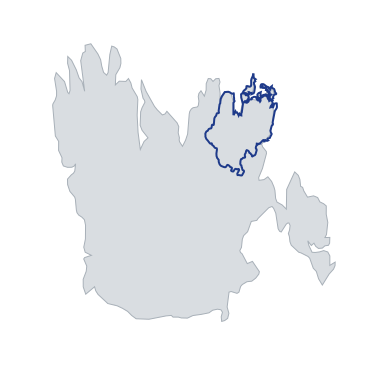 Mayo on a map of Ireland (Natural Earth projection), rotated 98°
{"feature_id": "IRL-714", "entity_name": "Mayo", "entity_type": "County", "adm_level": 1, "iso_a3": "IRL", "parent_name": "Ireland", "parent_adm1": "", "projection": "natural_earth1", "projection_center": [-9.466, 53.907], "detail": "fine", "context": "in_parent", "style": "outline", "palette": "blue", "viewbox_px": 384, "rotation_deg": 98, "n_neighbors": 0, "source": "natural_earth", "source_scale": "10m", "svg_char_len": 9421}
<svg xmlns="http://www.w3.org/2000/svg" viewBox="0 0 384 384"><g transform="rotate(98 192 192)"><path d="M250.6,61.3L241.2,66.2L239.7,68.1L237.1,75.7L236.8,77.9L230.9,86.3L227.6,88.1L222.5,89.4L219.7,90.8L216.1,90.1L211.5,90.2L209.2,91.7L209.4,92.9L210.7,94.2L219.2,98.1L218.7,99.8L216.4,101.6L201.3,106.1L196.8,108.9L195.2,110.7L196.9,113.8L209.0,122.9L211.1,123.9L212.9,129.2L223.6,131.4L228.0,134.8L231.8,135.6L240.0,135.3L243.3,136.5L245.1,135.6L246.2,133.8L255.2,127.3L252.3,122.5L261.5,114.2L264.0,114.4L268.4,116.9L272.0,120.4L273.2,125.1L276.6,129.3L278.8,130.7L284.7,131.6L286.1,133.3L285.1,139.4L286.0,141.4L301.0,141.2L307.0,138.6L312.2,139.1L314.8,141.8L316.0,144.6L311.5,145.7L306.8,145.1L304.6,147.0L304.5,150.5L306.2,155.1L309.3,158.4L311.9,165.8L314.2,173.9L317.5,178.9L318.2,185.0L317.8,188.0L318.5,193.4L317.1,195.3L318.3,200.4L324.0,216.9L325.3,229.7L322.7,234.5L319.2,239.1L316.9,244.5L315.1,250.3L314.2,259.8L306.5,270.8L303.2,273.6L299.4,275.3L308.0,283.0L301.1,286.5L293.6,287.6L285.2,285.7L280.0,285.9L273.4,289.9L271.9,289.2L268.7,282.8L266.5,289.4L261.7,291.5L253.4,291.0L239.7,292.8L234.4,294.7L232.2,297.6L230.6,301.0L228.5,303.0L226.0,304.0L215.4,306.5L213.3,307.5L208.4,313.0L202.0,316.2L196.6,317.1L191.8,313.9L189.9,312.0L187.6,311.0L180.3,311.2L182.6,312.2L184.2,314.4L184.9,318.7L184.1,323.0L180.5,325.1L176.2,325.5L169.4,329.9L160.4,331.1L155.6,335.1L125.8,342.0L124.2,342.0L120.0,340.3L115.6,339.5L111.2,340.1L98.7,343.9L92.7,343.1L100.4,333.6L110.7,328.9L111.8,327.5L108.4,326.9L88.8,330.2L81.9,333.1L75.1,333.9L78.3,329.6L87.1,323.6L94.7,319.7L98.0,316.3L107.2,312.3L77.4,320.5L69.6,319.5L67.7,317.2L61.6,318.3L59.3,312.8L68.4,304.4L73.7,300.9L79.9,298.9L85.9,296.2L88.2,292.8L85.4,291.7L67.3,292.5L58.7,291.8L59.2,289.1L60.8,286.2L69.7,281.1L74.6,280.3L78.9,280.7L86.5,283.8L96.6,282.8L92.4,279.5L91.7,272.9L88.5,270.7L92.6,267.7L97.3,265.8L105.2,259.5L108.0,258.5L123.6,257.0L140.5,253.7L157.1,249.1L148.6,246.5L144.5,243.1L137.9,250.0L133.2,252.6L119.8,254.0L115.6,253.2L109.6,251.1L107.7,251.9L106.0,253.5L97.1,256.9L87.8,257.7L98.7,251.5L112.4,241.1L115.5,237.8L119.8,232.1L118.5,229.6L115.6,228.1L125.6,216.4L129.1,214.2L135.4,213.9L140.1,212.0L142.1,212.0L144.0,211.3L148.1,207.8L141.7,205.6L135.2,204.4L115.1,205.6L112.5,205.4L110.0,204.3L108.4,202.7L107.1,198.7L105.7,197.8L101.1,197.8L96.6,199.1L93.5,198.9L90.5,197.2L95.4,193.1L89.1,192.2L82.7,193.0L77.4,191.7L77.2,189.2L79.6,186.6L76.5,184.2L75.8,181.1L79.2,179.6L82.9,180.1L90.3,177.9L99.9,176.8L91.7,174.5L88.4,172.6L88.3,169.7L88.9,167.2L98.5,163.0L108.6,161.1L107.8,158.3L108.6,155.3L98.3,154.4L88.2,156.6L89.3,150.8L91.7,145.6L92.2,142.2L91.7,138.5L87.0,140.1L86.5,134.9L84.5,131.4L77.5,133.8L77.7,129.2L79.7,125.9L83.3,124.5L87.0,125.1L93.7,125.1L100.2,122.6L109.6,122.0L124.5,122.7L134.8,129.7L137.4,128.4L141.5,124.1L143.4,123.6L158.9,125.5L168.5,128.0L171.1,127.2L169.7,122.4L166.4,119.0L170.5,114.6L175.5,111.6L178.9,110.1L186.7,108.3L190.1,106.5L192.3,100.9L195.8,96.2L176.3,98.6L157.8,93.1L160.7,89.1L164.6,86.9L171.3,85.2L172.0,83.1L175.4,81.4L181.0,76.9L178.9,71.1L180.0,66.8L184.0,64.0L185.3,60.0L187.1,57.1L195.3,56.0L203.2,53.3L215.4,52.9L218.6,54.0L217.8,49.2L223.5,48.6L225.8,49.5L226.8,52.9L229.4,55.1L230.3,58.9L228.6,61.9L225.7,64.1L228.4,66.4L224.2,70.6L228.7,68.8L235.0,64.7L234.7,61.4L233.5,57.2L231.7,53.4L232.5,49.2L236.1,46.6L245.5,45.3L241.5,40.5L245.0,40.1L248.7,41.1L254.2,44.8L266.0,50.0L260.3,54.6L253.4,57.8L250.6,61.3ZM86.2,152.7L85.9,154.9L81.4,152.1L79.2,149.1L66.9,147.7L72.1,144.6L74.6,145.6L83.3,145.7L85.7,147.0L86.2,152.7Z" fill="#d9dde1" stroke="#a8b0b8" stroke-width="1"/><path d="M101.4,176.9L100.3,176.4L96.1,176.6L93.4,175.9L88.5,173.5L87.7,170.0L88.0,168.4L88.7,167.1L89.1,165.9L88.5,164.5L89.1,164.2L91.4,163.9L93.1,163.4L94.5,163.2L95.2,163.1L95.8,162.6L96.1,162.5L97.4,163.1L98.0,163.4L109.3,161.8L109.3,161.2L108.4,161.1L106.0,160.2L106.8,159.7L107.2,159.6L107.2,159.1L106.9,158.5L107.6,157.8L109.7,156.5L109.2,156.4L108.1,155.9L108.6,155.6L108.9,155.1L109.2,154.5L109.3,153.8L108.6,153.9L108.1,154.3L106.3,153.8L97.7,153.8L91.7,156.4L88.4,157.0L86.4,155.3L87.2,154.9L87.6,152.7L88.6,152.2L88.4,151.4L88.4,151.1L88.6,150.6L88.6,150.1L88.1,150.1L88.1,149.6L91.0,149.0L91.6,149.2L92.9,149.9L93.7,150.1L94.4,150.5L94.7,152.3L95.4,152.7L95.9,152.5L95.9,151.9L95.8,151.0L96.0,150.1L95.5,149.6L95.0,149.0L94.4,148.6L93.5,148.5L93.5,149.0L93.9,149.6L93.2,149.4L92.8,148.8L92.1,146.9L92.1,146.2L91.9,145.8L91.5,145.7L90.4,145.8L90.2,145.5L90.0,145.1L89.6,144.6L89.2,144.0L89.0,142.8L89.2,141.7L89.9,141.3L90.7,141.1L91.4,140.4L90.6,140.1L90.6,139.7L91.1,139.2L91.9,138.9L91.4,138.3L93.1,137.2L92.5,136.9L91.8,136.8L90.3,137.2L90.4,137.9L90.3,138.2L90.0,138.3L89.4,138.3L89.4,138.9L89.8,138.9L88.1,140.5L86.3,140.8L84.8,139.8L83.6,137.8L84.8,137.9L87.5,137.2L88.6,136.8L86.8,135.7L86.0,135.0L85.7,134.1L86.1,134.2L86.9,134.5L87.3,134.6L86.5,133.7L84.4,131.9L85.3,132.4L86.0,132.4L86.6,132.0L86.9,131.4L83.8,129.4L82.4,129.0L81.5,129.8L82.4,130.6L82.0,131.3L81.0,131.6L79.9,131.4L80.4,132.2L80.7,132.5L80.7,133.0L79.8,132.9L79.1,133.0L77.8,133.6L77.8,134.1L78.6,134.3L78.9,134.7L79.0,136.2L78.5,136.2L77.3,136.8L78.1,137.2L78.9,137.9L79.0,138.6L78.0,138.9L76.8,138.8L75.9,138.5L75.4,137.7L75.3,136.2L75.7,135.3L77.0,133.1L77.3,132.2L77.6,130.8L78.1,130.2L78.8,129.7L79.5,128.7L77.6,128.7L76.8,128.4L76.1,127.7L77.3,127.7L77.8,127.0L78.2,125.9L78.6,125.0L79.3,124.6L82.0,123.4L82.2,123.1L82.4,122.7L82.6,122.4L83.2,122.3L83.6,122.6L83.7,123.0L83.8,123.5L84.0,123.9L84.8,124.4L85.8,124.8L86.9,124.9L87.8,124.5L88.2,125.1L88.7,125.4L89.2,125.4L89.8,125.0L89.9,125.3L90.0,125.5L90.3,125.5L88.9,127.5L87.5,128.3L86.0,128.2L84.5,127.1L84.1,128.6L85.0,129.1L86.4,129.2L87.5,129.5L88.5,130.1L89.4,129.5L90.2,128.6L91.1,128.2L90.2,127.3L90.6,126.0L91.6,124.9L92.5,124.5L93.9,124.7L96.0,125.9L97.3,126.1L97.0,125.4L96.5,125.0L95.2,124.5L95.2,123.9L95.8,123.7L96.4,123.7L97.7,123.9L96.6,123.4L93.4,122.9L92.8,122.1L92.4,121.0L92.5,120.4L96.1,119.7L97.4,119.9L99.7,121.0L100.8,121.3L111.2,121.8L111.9,121.8L113.0,121.4L113.7,121.3L114.2,121.4L115.0,122.1L115.5,122.3L120.3,122.9L120.9,122.7L121.7,122.4L122.4,122.0L122.8,121.6L123.4,121.2L124.1,121.3L126.8,122.3L127.4,122.3L127.8,122.7L128.3,124.1L128.6,124.5L129.7,124.3L130.3,124.1L130.4,123.9L130.8,124.5L130.9,125.2L130.8,125.7L130.4,126.1L130.4,126.6L131.8,127.1L131.8,127.7L130.6,128.3L130.9,129.0L133.8,131.0L134.6,131.9L135.1,133.1L135.1,134.6L135.4,134.6L135.5,133.1L135.7,133.5L137.2,134.6L137.5,134.8L137.9,134.9L139.2,135.0L139.7,134.9L140.0,134.8L140.3,134.6L140.5,134.2L140.8,134.0L141.5,133.8L141.9,133.8L145.9,134.4L146.4,134.7L146.8,134.9L147.5,136.1L148.2,136.9L148.4,137.2L148.3,137.5L148.0,137.7L147.0,138.0L146.8,138.1L146.6,138.3L146.4,138.9L145.7,139.4L145.5,139.6L145.4,140.2L145.3,140.5L145.2,140.7L144.0,141.3L143.7,141.6L143.4,142.0L143.0,143.1L143.0,143.7L143.4,143.9L143.9,144.1L146.0,144.3L147.1,144.8L147.6,144.9L148.7,144.7L149.6,144.3L150.0,144.3L150.3,144.3L150.6,144.5L150.7,144.8L150.8,145.1L151.0,146.1L151.2,146.3L152.1,146.9L152.5,147.8L153.0,148.1L154.7,148.3L157.3,148.1L157.9,147.9L158.4,147.6L158.8,146.8L159.2,146.7L159.6,146.5L160.3,146.4L160.9,145.9L161.2,145.8L162.4,145.4L163.0,145.1L163.2,144.9L163.3,144.7L163.4,144.1L163.5,143.8L163.7,143.6L164.0,143.5L164.3,143.4L165.2,143.5L168.5,144.8L168.7,145.2L168.8,145.7L168.7,148.0L168.9,149.2L167.8,149.7L167.1,149.6L164.2,148.5L163.5,148.5L163.1,148.6L162.8,149.0L162.8,149.3L162.8,149.6L163.2,150.0L163.3,150.3L163.0,151.6L163.0,151.9L163.1,152.2L163.3,152.5L163.7,152.9L165.7,153.8L165.9,154.0L166.0,154.4L166.0,154.9L165.8,155.8L165.5,156.1L165.1,156.3L164.8,156.2L163.9,155.8L163.5,155.8L163.0,155.8L162.5,155.9L162.3,156.1L162.1,156.4L162.1,157.0L162.0,157.5L161.2,158.3L160.8,158.8L160.3,159.9L160.2,160.4L160.3,160.8L162.2,161.8L162.7,162.2L162.8,162.4L162.9,163.0L162.8,164.0L162.3,166.1L162.0,167.0L161.6,167.6L160.6,168.6L158.7,169.6L158.0,169.8L157.3,169.9L156.4,170.1L154.8,171.8L153.0,172.7L150.4,173.2L146.4,173.2L145.7,173.4L145.3,173.6L145.2,174.6L145.2,174.9L145.0,175.5L144.8,175.8L144.4,176.2L143.3,177.2L143.1,177.6L143.0,178.0L142.8,178.4L142.3,178.7L141.7,178.9L141.3,179.1L141.1,179.3L141.1,179.6L141.2,179.8L141.6,180.3L141.5,180.7L141.2,181.2L138.8,183.6L137.8,184.8L137.3,185.3L135.9,186.1L135.3,186.4L134.3,186.5L132.4,186.9L131.9,186.8L130.9,186.5L130.0,186.1L129.8,185.9L129.4,185.2L129.1,184.9L128.9,184.8L128.0,184.5L127.4,184.2L127.0,183.7L126.8,183.3L126.6,182.9L126.4,182.1L126.1,181.8L125.5,181.6L123.3,181.6L122.8,181.5L122.6,181.3L122.5,181.1L122.7,180.5L122.7,180.3L122.6,180.0L122.0,179.8L116.2,180.1L115.5,180.0L114.2,179.5L113.5,179.0L113.2,178.8L112.9,178.7L111.3,178.5L110.9,178.4L110.7,178.3L110.5,178.0L110.3,177.1L110.2,176.7L109.8,176.4L109.5,176.4L109.1,176.5L108.5,176.8L108.1,176.9L101.4,176.9ZM85.2,149.6L85.9,149.2L86.6,149.1L87.2,149.1L87.7,149.6L87.7,150.1L87.2,150.7L86.8,151.9L86.6,153.3L86.9,154.3L85.6,155.3L84.4,154.8L83.3,153.7L81.9,152.7L81.1,152.7L80.3,152.8L79.6,152.7L79.4,151.9L79.5,150.8L79.7,149.9L79.6,149.2L79.0,148.5L77.7,148.2L73.2,149.0L71.5,148.8L68.5,147.9L66.9,147.9L66.9,147.4L68.5,147.3L69.8,147.0L70.8,146.3L71.5,144.7L72.0,145.2L72.5,145.3L73.0,145.2L73.6,144.7L74.9,145.9L76.4,145.6L78.0,144.7L79.2,144.2L84.5,144.3L85.7,144.7L86.9,146.8L85.6,146.8L85.8,147.4L85.8,148.0L85.6,148.6L85.2,149.0L85.2,149.6Z" fill="none" stroke="#1e3a8a" stroke-width="2"/></g></svg>